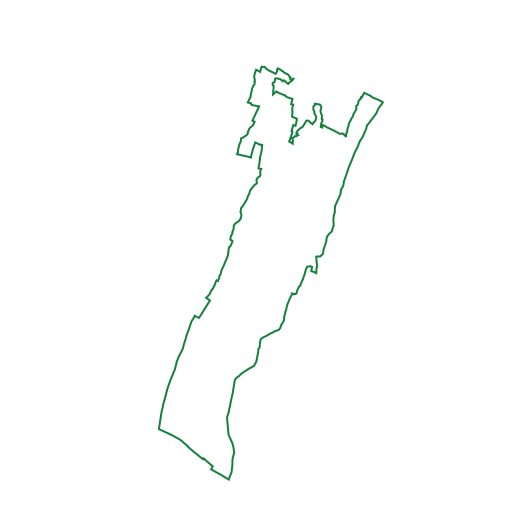 Bogdanita, Vaslui, Romania (Equal Earth projection), rotated 36°
{"feature_id": "2599482B30412636472664", "entity_name": "Bogdanita", "entity_type": "district", "adm_level": 2, "iso_a3": "ROU", "parent_name": "Romania", "parent_adm1": "Vaslui", "projection": "equal_earth", "projection_center": [27.663, 46.443], "detail": "fine", "context": "isolated", "style": "outline", "palette": "green", "viewbox_px": 512, "rotation_deg": 36, "n_neighbors": 0, "source": "geoboundaries", "source_scale": "gbopen_adm2", "svg_char_len": 6079}
<svg xmlns="http://www.w3.org/2000/svg" viewBox="0 0 512 512"><g transform="rotate(36 256 256)"><path d="M345.1,455.0L356.6,453.6L365.4,452.9L365.1,452.2L363.2,445.0L359.8,439.1L356.5,434.3L353.7,427.5L352.6,426.6L350.6,424.3L348.6,422.8L347.8,421.9L338.7,416.6L327.5,403.7L326.3,400.4L325.9,398.7L323.5,393.8L323.4,392.8L322.2,390.9L317.5,380.1L312.0,369.3L311.8,368.3L311.7,367.2L311.8,366.1L313.0,362.5L313.1,360.7L313.4,359.3L316.4,351.6L319.1,345.9L318.6,344.5L318.6,342.7L318.1,340.8L316.4,337.0L315.9,336.2L314.7,333.2L312.9,330.3L312.7,329.7L312.8,329.2L312.5,327.4L310.3,324.0L309.4,321.9L308.6,320.5L309.7,317.6L311.3,314.7L313.3,310.1L314.5,308.1L315.6,305.5L317.7,302.7L318.0,300.2L316.9,296.9L316.8,294.4L316.5,291.8L315.9,290.5L314.9,289.3L313.3,285.6L313.4,285.3L312.5,283.9L312.0,281.6L311.4,280.7L309.8,276.5L308.1,269.4L307.8,266.5L307.2,265.0L309.1,264.8L309.4,263.9L310.1,263.7L310.7,262.8L309.4,258.9L308.8,255.5L309.3,254.7L309.2,254.1L308.0,249.7L307.6,246.9L306.8,245.1L306.4,243.1L305.4,240.7L304.2,237.3L303.7,234.6L305.8,232.4L307.7,231.9L309.7,235.8L310.4,235.4L312.8,234.7L314.8,234.5L314.2,233.4L313.2,232.1L311.0,227.7L308.4,225.1L305.2,221.2L305.6,220.5L308.1,218.8L308.3,218.5L308.4,217.0L309.0,215.6L307.6,212.3L306.6,210.6L306.1,208.4L303.9,202.1L303.1,200.9L302.0,198.5L302.2,196.1L302.1,195.0L302.7,192.7L302.9,191.6L302.8,191.2L301.8,188.7L301.0,185.9L296.9,180.6L294.7,176.7L294.3,174.8L293.7,173.7L293.1,173.1L290.6,169.1L288.2,157.1L286.7,153.8L285.8,152.5L285.6,151.3L285.6,149.4L285.2,148.1L284.9,146.9L283.3,144.2L282.7,141.8L278.8,129.2L277.2,122.3L275.0,114.1L274.4,109.7L273.7,106.2L273.1,104.8L272.8,103.5L272.5,101.8L272.3,96.7L271.7,94.5L271.1,91.5L270.4,88.3L269.0,85.2L269.3,82.8L269.5,70.8L269.3,68.7L268.5,65.8L268.3,62.7L268.4,58.0L268.2,57.0L263.2,57.7L257.4,59.2L253.7,59.2L252.6,59.5L247.6,60.4L248.4,65.9L247.7,65.8L248.2,68.7L247.8,69.7L248.0,70.7L249.0,72.5L249.2,73.5L249.3,74.5L248.9,75.5L249.3,76.5L250.3,77.2L251.0,78.7L251.4,83.1L251.6,84.3L252.3,86.2L252.4,89.2L252.8,90.1L252.9,92.1L253.6,95.0L254.3,96.2L255.7,100.3L256.8,102.0L257.2,104.5L258.5,106.0L258.4,106.4L256.5,106.3L255.6,105.9L254.9,105.8L253.6,106.3L253.2,106.6L252.8,107.4L251.8,108.0L250.9,108.0L243.5,109.1L237.6,110.2L235.1,110.4L233.3,110.8L234.0,113.2L232.6,113.6L231.3,111.3L230.7,109.7L230.2,107.3L229.9,106.7L229.1,106.6L228.9,106.2L228.4,106.3L227.0,103.7L224.6,102.3L222.8,100.6L222.4,99.8L222.0,98.2L221.2,97.0L220.2,96.6L219.3,96.0L218.8,95.9L214.2,98.1L215.0,99.6L214.5,100.8L214.7,101.5L216.3,103.8L218.0,104.6L218.9,105.4L219.1,106.0L219.6,106.4L221.9,107.4L222.9,108.1L223.7,109.2L224.6,112.0L224.5,112.8L224.1,113.7L224.3,116.1L221.5,116.1L220.4,115.7L218.4,115.9L218.1,116.0L217.6,116.6L217.2,117.5L217.3,118.5L217.6,119.8L217.8,124.1L217.1,125.9L216.7,126.5L216.4,128.5L216.0,129.6L216.1,130.7L216.0,131.3L216.6,133.3L217.4,133.1L217.8,132.8L218.1,134.1L218.9,133.9L218.0,135.6L217.1,136.1L217.0,137.2L216.1,139.2L218.8,141.8L218.6,142.5L219.6,143.5L215.5,143.9L215.0,141.6L213.1,135.7L212.3,133.9L211.3,134.1L209.2,128.0L211.4,127.5L210.7,125.6L209.3,122.5L208.3,120.9L203.3,122.1L200.9,118.1L199.6,116.8L198.8,115.5L197.9,113.8L197.1,111.7L195.2,112.5L193.1,107.4L190.7,108.4L187.8,109.2L185.8,109.4L185.5,109.0L185.0,108.9L184.0,109.2L183.4,109.6L181.5,109.8L179.3,110.6L175.8,110.9L174.8,115.2L173.2,112.8L171.6,109.9L170.6,108.4L170.2,108.0L169.1,108.0L168.1,106.7L167.9,105.8L168.2,105.2L168.6,105.1L168.7,104.3L168.6,103.8L167.3,101.4L167.3,100.9L167.7,100.5L169.4,99.6L172.2,98.6L174.9,98.9L175.0,97.9L175.5,97.4L176.1,97.3L177.5,97.8L180.9,97.8L181.1,95.5L182.2,92.7L182.1,90.6L181.8,90.7L181.6,91.1L181.7,92.3L181.2,92.6L179.6,92.7L179.2,92.3L179.0,91.3L177.9,91.4L176.2,90.5L174.5,90.5L170.9,91.1L169.6,90.7L168.4,91.1L167.6,90.9L166.2,90.9L164.2,91.5L163.5,91.3L163.4,92.5L164.6,94.7L164.9,97.0L164.3,97.3L162.8,97.3L157.9,98.3L154.4,98.5L153.6,98.2L152.4,98.3L152.2,98.0L151.7,98.0L150.5,99.0L149.5,99.4L149.4,100.1L151.1,104.6L146.6,105.2L147.8,109.2L149.2,112.2L151.6,114.3L151.9,114.8L152.0,115.5L152.6,115.6L153.1,117.0L153.7,117.5L153.9,118.1L153.8,119.6L154.1,122.0L154.9,124.0L155.5,125.0L156.7,128.1L158.4,131.0L158.2,131.6L159.1,136.6L162.4,135.4L163.2,136.3L164.5,136.0L170.6,133.2L173.6,148.6L175.9,148.2L176.6,151.5L176.7,152.4L175.9,155.0L175.7,156.9L176.5,160.0L176.6,161.0L177.2,161.3L177.5,162.3L177.3,164.0L176.7,165.6L175.6,168.3L174.8,169.5L176.5,172.7L176.9,175.3L178.6,179.6L180.4,182.8L180.9,184.8L182.5,184.0L194.1,179.2L193.1,177.6L192.2,175.0L190.7,171.4L188.7,164.6L193.0,163.7L193.6,163.7L194.2,163.5L194.5,162.9L195.7,162.5L198.6,167.4L199.9,170.2L201.1,173.4L202.2,175.5L202.4,175.4L203.8,178.3L204.4,179.1L204.9,180.7L206.6,183.6L209.0,182.5L209.1,183.5L210.0,185.5L212.2,188.3L212.2,189.6L211.6,190.9L211.3,193.3L212.4,195.1L213.8,196.3L213.9,197.1L213.1,199.3L213.0,201.2L212.7,203.1L212.9,204.5L212.6,205.0L212.7,205.6L213.2,207.8L214.1,210.1L214.3,212.7L214.6,213.5L214.9,213.8L215.4,216.0L216.0,223.8L215.8,225.0L215.8,226.0L217.7,229.7L218.8,230.2L220.6,232.1L221.4,234.0L221.7,236.0L221.5,236.7L221.6,238.0L220.7,240.1L220.1,242.6L220.1,244.0L220.5,245.0L221.8,247.0L222.4,248.7L222.8,250.5L223.3,251.1L223.9,252.8L223.9,254.6L225.5,257.8L228.2,257.7L228.4,258.1L229.5,262.5L229.5,263.3L229.1,264.4L229.1,264.8L230.7,268.1L230.9,268.2L232.9,272.1L233.6,274.3L234.0,275.9L234.4,278.1L236.0,284.6L236.2,287.1L237.9,291.3L238.1,292.1L238.2,293.4L239.1,295.7L239.9,298.6L238.4,298.9L238.8,301.2L239.6,303.5L239.9,306.3L240.2,307.1L240.3,308.1L240.1,309.5L240.1,310.6L240.9,314.0L240.8,315.8L240.2,319.1L244.9,319.0L246.3,339.6L241.6,340.4L242.0,342.9L242.3,347.1L244.8,354.9L246.3,360.5L247.7,364.1L249.6,369.9L251.2,373.8L251.7,376.4L252.7,383.1L254.3,388.8L256.9,395.1L259.2,404.4L259.5,406.0L262.5,415.9L266.7,426.5L267.9,430.0L270.3,435.1L271.0,437.2L279.2,453.1L294.8,450.1L296.1,450.1L300.5,449.4L304.6,449.2L308.3,449.7L312.8,449.9L312.9,450.2L314.1,450.5L319.9,450.9L332.5,451.6L332.4,450.6L344.6,451.6L345.1,455.0Z" fill="none" stroke="#15803d" stroke-width="2"/></g></svg>